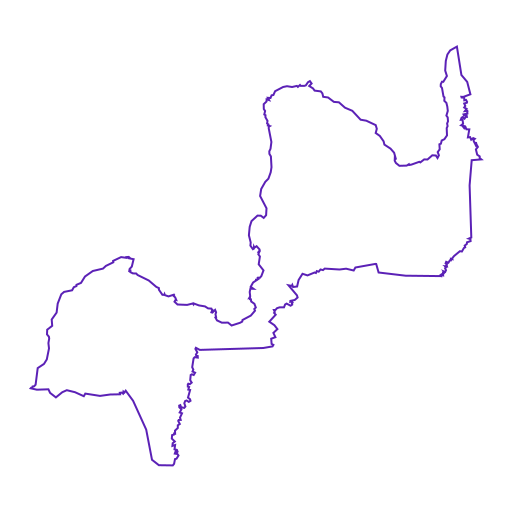 outline of Misamis Oriental, Misamis Oriental, Philippines
{"feature_id": "2640588B53733148454792", "entity_name": "Misamis Oriental", "entity_type": "district", "adm_level": 2, "iso_a3": "PHL", "parent_name": "Philippines", "parent_adm1": "Misamis Oriental", "projection": "mercator", "projection_center": [124.765, 8.627], "detail": "fine", "context": "isolated", "style": "outline", "palette": "violet", "viewbox_px": 512, "rotation_deg": 0, "n_neighbors": 0, "source": "geoboundaries", "source_scale": "gbopen_adm2", "svg_char_len": 6031}
<svg xmlns="http://www.w3.org/2000/svg" viewBox="0 0 512 512"><path d="M456.9,46.6L450.2,50.4L447.4,54.5L445.8,60.9L445.2,70.6L446.9,76.0L443.3,81.8L442.0,81.7L440.8,84.1L440.7,86.3L442.0,88.0L443.5,96.5L444.5,97.4L444.3,100.8L446.4,102.9L447.3,106.6L447.8,110.9L446.4,115.6L447.7,117.4L448.0,121.3L447.1,123.5L447.6,126.1L446.7,128.1L447.0,135.4L444.4,139.2L441.7,140.5L440.9,143.7L439.4,144.3L439.7,149.3L437.7,152.1L438.9,155.3L437.5,158.0L435.9,155.5L432.3,155.3L427.5,159.5L424.2,159.4L420.3,162.4L419.3,161.8L411.4,164.6L409.2,165.0L408.9,164.2L406.7,165.6L399.4,165.8L395.9,163.0L394.7,160.7L394.8,158.2L395.5,159.1L395.8,158.8L394.1,152.7L390.5,148.6L384.4,144.6L383.6,141.3L379.8,135.9L375.7,133.0L376.8,128.8L375.7,125.1L366.3,120.7L360.6,119.7L352.3,110.8L345.0,107.7L338.9,102.3L333.9,101.9L328.1,97.5L323.2,96.8L322.4,93.4L320.8,91.4L314.6,90.6L313.0,88.4L309.2,86.0L311.6,83.5L309.9,81.1L308.0,82.2L305.8,85.4L304.2,85.9L300.7,85.9L300.0,85.0L297.9,86.9L296.9,85.9L292.1,87.0L287.0,86.2L283.1,87.0L275.1,91.2L273.4,95.0L271.6,95.3L270.5,98.0L267.9,97.8L269.1,100.1L266.6,99.3L266.5,101.5L263.7,104.2L263.8,109.0L265.1,111.0L264.3,114.5L265.5,115.2L265.4,117.2L267.5,120.9L267.1,123.5L268.4,124.4L267.9,125.5L269.8,126.1L268.8,126.7L268.7,128.2L271.4,142.0L270.5,148.8L269.3,151.3L269.4,153.9L270.9,156.4L271.5,167.2L270.7,172.3L268.4,178.7L265.3,181.8L261.2,189.0L260.1,196.0L266.5,208.3L266.1,215.2L263.7,217.9L260.8,215.7L257.5,215.6L251.5,221.1L249.7,226.8L248.9,235.3L250.7,242.5L250.4,245.6L252.9,249.2L253.9,248.6L254.0,246.9L254.4,247.7L256.6,246.2L259.5,249.4L259.8,251.0L259.0,252.1L258.7,251.7L258.4,252.1L259.1,252.4L258.3,254.2L259.9,256.5L258.7,264.3L263.5,270.4L261.3,276.2L260.6,276.9L259.9,276.2L260.6,276.9L259.7,277.9L258.0,277.6L257.0,278.5L258.3,278.2L257.0,279.9L256.0,279.7L255.1,279.8L257.0,279.9L253.1,282.5L250.7,286.8L253.5,288.8L250.4,288.7L249.7,292.0L250.2,296.3L249.3,297.9L250.0,297.7L249.9,299.2L250.9,299.3L251.2,301.5L254.4,303.8L255.8,307.5L254.3,309.0L255.0,310.7L250.8,315.6L242.5,320.0L242.2,321.6L240.0,322.8L231.6,325.5L228.0,322.6L221.9,322.7L217.0,320.4L215.4,317.5L216.1,317.2L215.5,314.3L216.1,312.3L215.1,309.9L212.4,312.6L211.4,312.3L212.7,309.1L211.9,309.8L211.4,308.6L208.1,308.4L205.0,306.4L198.9,305.4L193.6,303.4L193.4,304.3L192.7,303.5L187.1,304.9L177.5,304.5L174.5,301.7L175.5,300.0L176.3,300.1L175.2,297.4L173.0,295.3L173.9,295.1L174.7,294.4L168.5,296.4L164.8,295.1L164.5,294.2L164.2,294.9L162.4,294.8L158.9,289.7L158.9,288.1L156.3,286.9L148.8,280.5L137.6,275.0L136.2,273.5L132.9,273.4L130.3,272.1L130.4,270.7L129.3,270.9L129.6,269.0L131.8,266.6L133.6,259.2L127.6,258.0L129.8,257.9L128.7,256.9L126.2,257.1L126.2,257.8L121.1,257.1L113.1,260.9L113.3,262.3L105.9,265.9L103.0,268.6L92.8,271.0L85.0,276.5L81.0,282.9L76.5,284.8L76.4,286.1L73.8,287.2L72.1,290.3L64.1,291.9L61.3,294.3L57.7,303.6L56.6,312.6L51.7,319.5L52.2,325.8L47.2,329.7L47.0,334.4L48.9,336.7L49.2,338.5L48.4,343.1L49.0,348.4L46.8,359.4L44.0,363.9L37.7,368.1L35.6,384.7L34.1,386.3L32.6,386.5L32.4,387.4L31.1,387.8L30.7,388.3L36.9,389.7L48.4,389.3L50.1,392.9L55.9,397.4L62.3,392.2L66.8,390.2L75.0,392.2L83.8,396.2L85.3,393.6L100.0,395.9L110.2,394.5L120.1,394.3L119.8,392.8L121.6,392.6L123.0,393.6L123.4,391.6L124.4,392.6L125.7,390.7L133.1,400.8L146.2,429.6L152.0,459.8L158.9,465.2L172.8,465.4L174.1,463.8L175.0,459.1L176.5,458.7L178.5,455.5L177.4,454.0L174.8,453.6L175.8,450.8L177.1,452.4L177.6,451.7L176.9,449.9L174.5,449.3L175.1,445.0L172.4,445.9L172.7,443.2L174.8,441.5L171.8,438.6L172.1,435.1L173.9,434.6L174.1,433.5L175.1,433.7L175.0,430.6L177.8,428.0L177.8,425.3L179.8,424.0L178.2,420.9L178.7,420.0L180.7,419.9L180.0,417.6L182.0,413.3L179.7,412.5L181.4,409.4L179.3,407.3L179.2,405.6L180.3,405.1L181.1,407.2L184.2,407.9L185.4,406.5L184.3,403.2L185.2,401.0L186.6,400.5L188.8,401.9L190.5,400.8L190.0,399.2L188.0,397.6L190.1,390.0L188.3,389.6L189.1,387.0L187.8,386.6L187.8,384.4L188.3,383.7L189.8,384.2L191.7,382.6L190.2,380.2L190.7,375.0L191.9,374.3L193.7,375.0L195.1,372.7L192.5,371.5L193.3,369.6L192.2,367.2L193.6,358.4L194.7,357.2L197.8,357.6L197.7,356.0L196.3,355.8L195.9,354.6L197.3,352.3L195.4,348.9L195.9,347.8L199.8,349.9L263.3,348.0L272.5,346.4L273.4,344.9L271.6,343.9L271.2,338.7L275.4,337.2L273.4,332.9L277.4,329.1L274.4,325.2L269.3,321.7L275.7,314.7L274.1,312.9L274.8,312.0L273.9,310.0L275.4,310.0L277.0,308.2L279.7,307.3L284.0,307.3L285.1,304.5L286.6,303.6L290.6,305.7L292.2,304.6L291.9,303.3L292.6,302.6L291.9,301.4L290.3,301.8L290.4,300.9L294.7,300.0L297.6,297.5L297.0,295.4L288.5,285.3L291.8,285.9L292.3,284.9L293.1,287.0L297.1,286.5L298.6,280.0L302.5,273.8L307.5,275.4L314.6,272.5L315.9,273.0L316.8,271.1L318.7,271.7L320.5,269.5L323.0,270.1L324.7,268.6L339.6,269.5L346.1,268.7L353.7,270.5L355.4,267.5L375.5,263.9L376.2,264.0L378.6,272.5L405.6,275.7L440.7,276.1L440.1,275.4L441.3,274.5L441.7,275.5L442.4,274.5L443.1,275.0L443.0,272.8L443.9,273.2L444.7,272.2L444.1,271.5L445.2,271.9L446.0,270.2L445.1,268.3L446.2,267.1L445.3,266.3L447.0,266.5L446.8,265.6L445.9,265.8L446.9,264.2L445.6,263.3L446.2,261.8L448.4,262.7L449.9,260.3L450.9,260.3L450.9,258.8L452.4,259.2L452.2,258.3L454.1,256.0L459.9,251.2L461.9,251.5L463.9,248.0L465.2,247.3L464.7,245.6L466.8,244.0L467.0,242.3L470.6,241.1L470.4,239.1L468.8,238.6L471.3,237.5L469.6,185.4L471.7,160.2L481.3,159.4L479.7,158.1L479.7,156.4L477.2,154.7L475.9,149.4L477.9,146.9L477.0,145.3L476.1,145.9L475.2,144.0L476.3,143.7L476.1,142.9L474.5,142.7L473.8,141.3L473.5,140.0L474.8,138.8L473.2,138.1L471.2,139.7L470.1,137.1L467.9,137.4L469.3,129.4L466.4,129.3L465.7,127.5L464.4,128.4L463.7,127.5L465.1,127.5L465.0,126.3L461.2,125.3L463.1,123.7L462.5,119.7L460.8,119.8L461.6,117.7L462.6,117.1L464.5,118.7L465.8,116.9L466.9,116.9L466.6,115.2L464.0,115.5L463.5,114.4L467.4,113.5L467.2,111.2L468.2,110.8L464.9,111.1L466.6,108.9L464.2,107.5L465.3,105.9L464.2,103.5L466.9,102.7L467.1,101.9L466.0,99.9L464.3,100.3L464.2,97.7L461.6,97.5L461.4,96.8L463.3,96.9L470.4,94.3L467.2,81.9L461.4,75.0L456.9,46.6Z" fill="none" stroke="#5b21b6" stroke-width="2"/></svg>